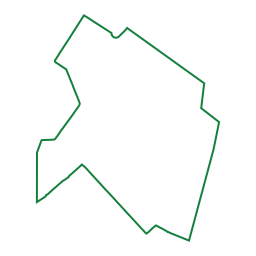 Port Fuad, Bur Sa`id, Egypt
{"feature_id": "37247803B75399963690534", "entity_name": "Port Fuad", "entity_type": "district", "adm_level": 2, "iso_a3": "EGY", "parent_name": "Egypt", "parent_adm1": "Bur Sa`id", "projection": "orthographic", "projection_center": [32.32, 31.235], "detail": "fine", "context": "isolated", "style": "outline", "palette": "green", "viewbox_px": 256, "rotation_deg": 0, "n_neighbors": 0, "source": "geoboundaries", "source_scale": "gbopen_adm2", "svg_char_len": 1668}
<svg xmlns="http://www.w3.org/2000/svg" viewBox="0 0 256 256"><path d="M41.6,140.2L41.0,141.7L37.0,152.6L36.9,202.1L45.1,196.8L45.8,196.0L45.8,195.7L46.1,195.0L46.6,194.7L47.3,194.7L50.5,191.7L62.9,180.8L65.4,179.4L67.7,177.6L68.1,177.4L68.5,177.2L69.0,176.1L80.3,166.1L81.8,164.5L83.7,166.0L83.9,166.1L84.1,166.3L86.0,168.1L86.2,168.4L86.5,168.7L91.1,173.8L93.6,176.5L96.0,179.2L99.0,182.4L101.0,184.6L103.7,187.6L105.4,189.5L107.1,191.2L108.7,192.9L112.8,197.3L115.0,199.7L118.8,203.9L125.8,211.5L129.2,215.2L136.8,223.4L139.6,226.5L145.3,232.6L146.4,233.6L148.8,231.8L150.9,229.8L152.4,228.3L155.9,225.4L162.2,228.7L166.5,231.1L167.6,232.0L168.1,232.0L168.6,232.1L169.5,232.7L189.0,240.6L213.5,149.6L219.1,122.1L201.2,108.2L204.2,83.3L127.1,28.0L126.8,28.4L126.7,28.5L126.3,29.0L126.2,29.1L125.8,29.6L125.7,29.8L125.5,30.0L125.2,30.3L118.8,36.6L118.5,36.8L118.3,37.0L117.5,37.4L117.0,37.5L116.5,37.7L115.2,37.6L113.9,37.3L113.0,36.6L112.7,36.2L112.3,35.8L111.9,35.2L111.8,34.9L111.6,34.6L111.6,33.8L111.5,33.3L111.4,32.9L109.5,31.8L107.5,30.5L101.0,26.3L94.2,21.9L91.0,19.8L86.5,16.9L85.2,16.2L83.9,15.4L74.4,30.3L68.8,39.1L60.4,51.9L59.3,53.7L54.9,60.6L54.8,61.0L54.9,61.5L55.3,62.0L56.0,62.6L56.5,62.9L57.0,63.2L57.8,63.7L58.6,64.3L59.0,64.5L59.3,64.8L63.9,67.8L66.2,69.3L67.1,71.6L72.7,85.3L73.9,88.6L76.1,94.0L78.0,98.7L79.4,102.3L79.6,102.9L79.7,103.7L79.5,104.8L79.3,105.2L79.1,105.6L77.9,107.3L75.9,110.2L71.0,117.1L66.1,123.7L63.0,128.0L60.9,130.8L59.3,133.1L57.9,135.3L55.8,138.0L55.7,138.2L55.6,138.4L55.2,138.9L54.8,139.2L54.2,139.5L53.1,139.7L52.9,139.7L52.7,139.7L42.3,140.1L41.7,140.2L41.6,140.2Z" fill="none" stroke="#15803d" stroke-width="2"/></svg>